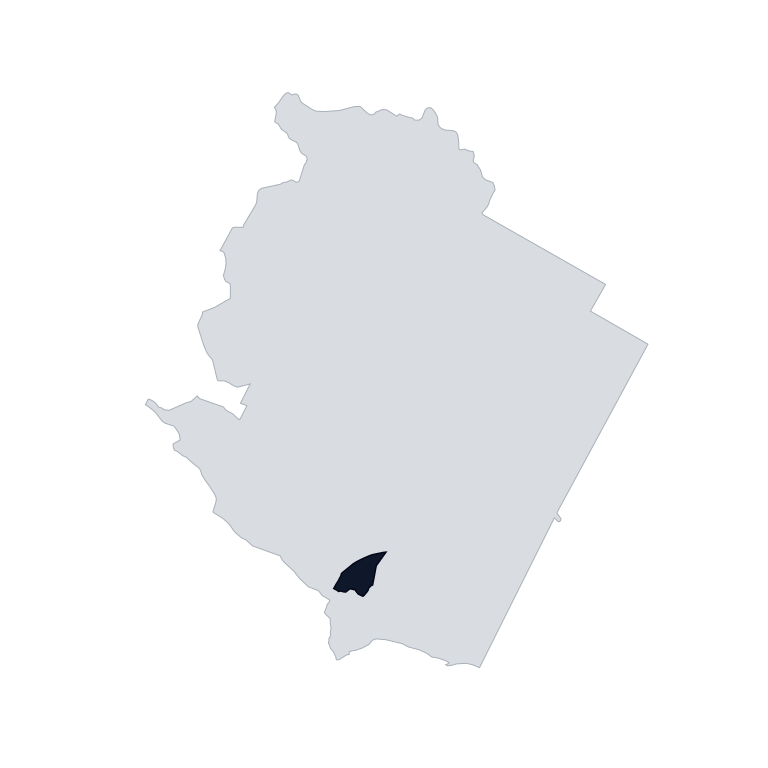 Dordieb, Red Sea, Sudan (highlighted), rotated 116°
{"feature_id": "16777658B19100050508345", "entity_name": "Dordieb", "entity_type": "district", "adm_level": 2, "iso_a3": "SDN", "parent_name": "Sudan", "parent_adm1": "Red Sea", "projection": "orthographic", "projection_center": [35.963, 17.512], "detail": "fine", "context": "in_parent", "style": "filled", "palette": "ink", "viewbox_px": 768, "rotation_deg": 116, "n_neighbors": 0, "source": "geoboundaries", "source_scale": "gbopen_adm2", "svg_char_len": 4553}
<svg xmlns="http://www.w3.org/2000/svg" viewBox="0 0 768 768"><g transform="rotate(116 384 384)"><path d="M507.3,589.4L501.1,589.3L500.5,587.8L500.6,583.9L501.3,580.9L503.6,576.1L503.0,573.5L503.4,569.8L501.8,565.6L487.2,553.2L484.4,549.8L476.6,546.6L478.0,543.2L475.0,518.2L476.6,515.3L477.1,510.9L477.1,507.1L479.1,500.7L479.3,498.0L463.8,497.6L463.6,500.3L464.2,503.4L464.2,504.6L442.6,504.3L451.1,514.3L451.5,518.6L450.9,524.0L451.0,527.4L451.5,529.7L453.7,534.1L453.6,534.9L453.0,535.9L437.5,548.7L434.8,554.7L432.8,557.8L428.2,563.0L414.0,576.6L411.7,577.5L401.0,577.7L399.9,578.0L399.1,578.6L398.6,578.5L389.6,570.0L374.4,559.7L364.2,564.5L361.3,566.3L361.2,571.0L359.6,573.4L356.9,575.9L349.3,577.3L345.4,578.6L340.7,581.1L336.0,585.4L335.6,587.7L336.1,589.8L310.2,588.7L308.5,586.9L305.0,579.4L302.3,579.8L278.8,577.9L275.4,578.5L268.6,581.2L265.2,581.5L261.8,579.9L249.9,564.8L247.3,563.0L244.6,559.4L242.0,557.7L241.2,556.6L240.9,555.0L241.1,551.8L240.3,549.8L238.4,549.2L221.8,551.7L219.4,551.1L215.9,551.5L214.7,552.1L213.3,553.9L212.9,557.9L212.4,559.8L211.1,561.9L206.2,566.6L205.1,568.6L205.1,574.1L204.7,576.8L204.0,578.0L201.9,580.0L201.1,581.1L200.0,588.0L197.3,592.0L196.7,593.4L196.4,596.5L196.0,597.3L188.5,599.3L185.6,600.6L183.9,602.9L183.4,603.8L180.2,602.8L176.2,601.9L168.4,600.7L165.4,599.4L164.0,597.6L164.6,593.5L163.8,592.5L162.6,591.7L161.8,589.8L162.1,587.7L166.3,583.1L167.3,580.6L168.8,568.5L168.6,564.8L165.6,557.7L158.6,545.4L156.9,543.0L148.0,532.7L147.0,531.2L145.0,526.9L147.8,518.1L148.1,515.6L147.6,513.0L145.3,510.9L143.3,510.6L140.6,508.0L138.9,506.8L137.4,504.5L136.4,501.5L137.7,491.0L137.3,489.5L134.9,488.9L134.4,488.1L134.6,486.1L133.7,480.0L132.5,474.9L133.4,472.2L131.6,468.3L128.0,466.4L120.6,467.1L118.3,466.7L116.8,465.9L115.7,464.4L115.3,462.7L115.9,460.3L118.2,456.0L121.0,452.5L126.5,449.5L128.0,447.8L128.9,445.8L129.2,443.6L128.9,441.1L128.5,438.9L127.1,435.8L125.9,432.3L125.9,430.0L126.7,428.4L128.3,426.5L133.7,423.0L139.2,420.1L140.2,419.0L139.9,417.6L137.6,414.7L137.2,409.5L136.0,405.8L138.9,403.2L140.9,402.4L144.1,401.8L145.4,400.7L145.9,398.5L145.9,396.5L147.1,395.0L148.8,391.8L150.1,390.3L154.4,386.7L155.5,384.3L155.9,381.8L155.2,374.4L157.8,371.5L160.9,369.2L165.2,369.6L172.0,369.5L176.6,368.8L179.8,369.0L187.2,370.9L188.0,370.3L188.5,368.4L197.4,228.5L227.6,230.4L228.0,230.2L232.5,164.2L422.7,172.1L424.3,171.9L427.5,165.8L428.8,165.4L430.7,165.8L431.3,167.2L429.6,172.2L597.1,173.8L597.5,181.4L598.9,187.4L603.7,196.0L607.8,200.6L609.3,203.2L609.4,204.4L609.2,205.5L608.0,204.2L605.9,203.4L605.7,207.4L606.7,215.7L608.5,221.5L607.3,226.9L607.5,236.0L609.7,246.9L609.4,253.9L613.0,270.2L616.5,279.2L618.5,281.4L620.6,282.5L624.7,283.3L630.8,287.8L635.7,292.6L637.4,295.1L639.8,297.9L641.3,297.4L642.3,296.6L643.9,298.9L651.6,303.6L652.7,305.9L650.0,308.1L646.9,312.0L645.4,315.5L644.6,316.7L642.1,318.9L641.7,320.0L640.6,320.7L639.4,320.7L636.8,322.0L634.5,321.6L632.1,322.3L631.2,323.2L629.3,323.9L626.8,324.4L622.8,327.4L619.4,328.9L618.2,330.1L616.4,336.1L615.1,337.6L610.0,337.8L607.4,338.4L604.0,337.7L602.3,337.8L601.9,339.1L601.3,344.2L601.4,346.4L598.5,352.3L599.4,363.2L596.7,371.4L596.3,373.3L593.4,379.8L592.0,382.2L588.4,394.3L587.0,398.0L584.0,401.9L587.2,431.0L584.6,439.9L584.7,444.8L582.9,452.0L581.5,455.3L579.1,459.3L577.1,463.7L575.5,469.6L574.3,480.8L573.8,481.8L564.5,483.2L561.5,484.0L559.6,485.2L557.2,488.1L552.4,495.9L549.9,500.7L546.0,507.2L541.4,511.9L540.4,514.1L539.7,518.3L537.9,525.0L536.4,529.7L536.7,533.5L535.2,540.1L535.4,543.3L533.8,545.1L531.6,546.8L530.1,547.2L523.7,542.7L519.1,545.7L516.2,550.0L513.9,554.3L515.2,563.4L515.0,565.4L514.4,567.6L510.0,576.5L508.7,580.5L507.3,587.7L507.3,589.4Z" fill="#d9dde1" stroke="#a8b0b8" stroke-width="1"/><path d="M559.4,333.0L563.4,334.8L565.7,335.9L572.9,339.2L575.7,338.6L577.6,338.8L579.3,338.8L580.9,338.8L582.3,339.0L583.6,339.1L583.9,339.2L585.2,339.3L585.5,339.3L587.6,339.4L588.8,339.5L589.9,339.5L590.0,335.9L590.4,333.9L589.1,332.3L588.8,330.7L588.6,329.5L587.8,327.2L582.9,324.8L581.7,319.6L582.1,319.0L582.7,318.1L583.4,316.5L584.1,315.1L584.1,311.6L584.1,310.3L583.8,309.7L582.6,309.2L580.7,308.8L578.9,308.3L578.0,308.1L576.2,307.9L574.2,308.3L570.7,307.1L569.7,306.1L559.1,309.0L555.9,309.9L550.7,311.3L534.2,308.5L534.3,308.7L534.6,309.1L536.0,311.3L536.7,312.1L539.0,315.1L541.0,317.7L542.9,320.0L544.1,321.2L545.4,322.4L547.5,324.2L549.7,326.1L552.9,328.6L554.0,329.4L554.9,330.1L557.2,331.7L558.3,332.3L559.4,333.0Z" fill="#0f172a" stroke="#020617" stroke-width="1.5"/></g></svg>